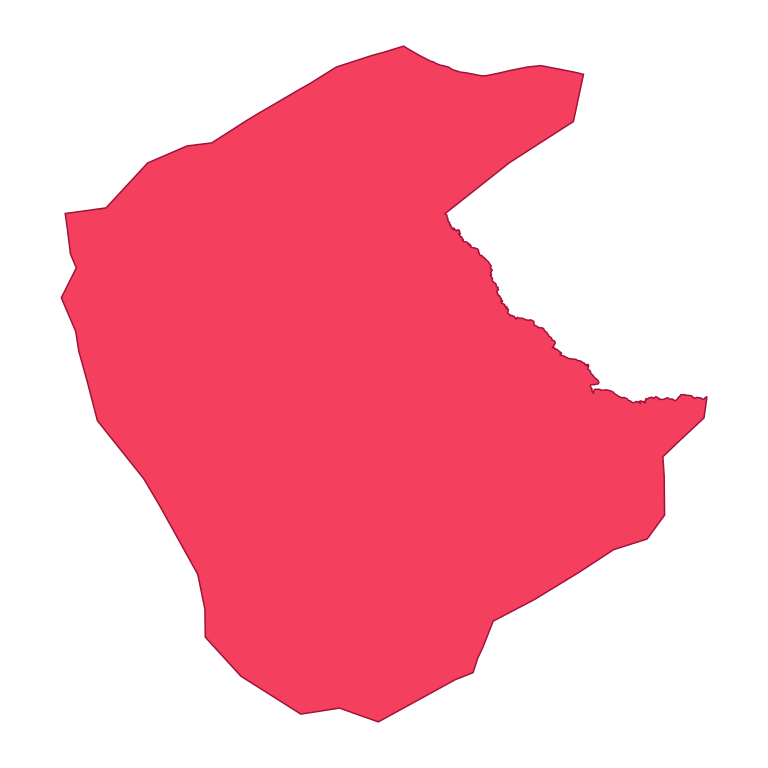 Dashbalbar, Dornod, Mongolia
{"feature_id": "93677404B44284139751504", "entity_name": "Dashbalbar", "entity_type": "district", "adm_level": 2, "iso_a3": "MNG", "parent_name": "Mongolia", "parent_adm1": "Dornod", "projection": "natural_earth1", "projection_center": [114.612, 49.67], "detail": "fine", "context": "isolated", "style": "filled", "palette": "rose", "viewbox_px": 768, "rotation_deg": 0, "n_neighbors": 0, "source": "geoboundaries", "source_scale": "gbopen_adm2", "svg_char_len": 6070}
<svg xmlns="http://www.w3.org/2000/svg" viewBox="0 0 768 768"><path d="M300.8,714.1L339.4,708.1L378.3,721.9L455.2,679.7L473.1,672.6L477.8,658.0L482.8,647.5L493.2,621.1L534.3,599.6L578.9,572.4L613.7,549.6L647.1,539.0L664.6,515.1L664.2,476.6L662.9,456.7L679.5,440.8L704.0,417.9L706.7,398.9L706.6,396.9L705.2,397.6L703.9,399.3L702.4,399.0L701.4,398.3L700.6,398.0L697.2,397.4L696.6,397.5L694.5,398.4L694.2,398.3L693.4,397.5L691.5,395.9L690.5,395.6L686.3,395.2L683.7,394.5L682.4,395.1L681.5,394.6L681.0,394.7L680.3,395.3L680.1,396.1L678.6,397.2L676.9,399.6L676.4,400.0L675.0,400.6L674.3,400.5L673.3,399.5L672.2,399.1L669.8,399.1L668.7,398.3L667.6,397.9L666.9,397.9L664.6,399.0L663.4,399.4L659.6,399.4L659.2,399.3L659.4,398.7L659.0,398.4L658.1,398.1L657.4,397.3L656.9,397.1L655.6,396.8L654.8,397.3L653.9,398.4L652.7,397.9L652.2,397.4L651.4,397.2L650.8,397.7L649.7,397.6L649.3,397.7L647.8,398.8L646.2,398.6L645.6,399.2L645.7,399.4L646.0,399.7L645.9,400.1L645.2,400.9L645.1,401.2L645.2,401.6L645.6,402.3L645.6,402.6L645.3,402.7L644.5,402.7L643.9,401.7L643.4,401.5L642.3,401.8L642.0,401.3L641.6,401.1L640.1,401.0L639.8,401.4L639.8,401.8L640.3,402.8L640.2,403.3L639.9,403.2L638.9,401.8L637.4,401.7L636.7,401.5L636.1,401.6L634.5,402.5L633.2,402.7L632.2,402.5L630.5,401.1L628.3,400.3L627.8,399.9L627.4,399.0L626.7,398.5L623.7,397.4L622.5,397.9L621.0,397.4L618.3,396.2L617.8,395.6L615.0,394.0L614.3,393.5L613.7,392.4L613.4,392.2L612.2,391.8L611.9,391.4L610.5,390.9L607.5,390.0L605.5,389.8L604.4,390.2L603.3,390.1L602.0,390.4L601.2,390.2L600.3,389.5L599.4,389.4L598.9,389.2L597.1,389.4L595.8,389.2L594.8,389.3L594.3,389.8L593.6,390.7L593.4,392.0L593.7,393.7L593.1,392.5L592.7,392.0L592.3,391.7L591.6,390.3L591.6,390.0L592.1,389.2L591.9,388.7L591.3,388.1L590.5,386.5L590.4,385.8L590.5,385.4L591.0,384.9L592.5,384.5L594.2,384.8L594.7,384.7L595.8,384.2L597.5,384.1L598.4,383.6L598.9,382.7L598.4,381.2L597.9,380.4L596.5,378.9L595.3,378.4L593.6,376.4L592.9,375.2L591.3,373.9L590.7,373.2L590.6,372.7L590.7,371.8L589.9,370.8L588.7,369.5L588.0,369.1L587.7,368.6L588.5,366.5L588.7,365.3L588.4,364.9L588.0,364.5L587.4,364.4L587.0,364.7L586.9,365.5L586.8,365.8L586.5,365.6L586.4,364.8L585.9,364.6L585.2,364.6L584.7,364.4L584.6,363.3L583.1,362.7L581.1,361.3L580.2,360.9L577.7,360.6L576.2,359.5L575.3,359.3L570.4,358.8L568.3,358.3L564.2,356.2L561.2,355.2L560.3,354.6L559.9,354.2L560.2,353.8L561.0,353.8L561.4,353.5L561.4,353.1L561.0,352.6L559.4,351.5L557.1,349.5L555.9,349.1L555.1,349.3L554.8,349.2L554.8,348.2L554.5,347.9L552.6,347.5L553.4,346.7L553.9,345.1L554.5,344.6L554.9,343.9L555.2,342.8L555.1,342.2L554.2,340.7L552.2,340.2L551.7,338.4L550.6,337.2L548.8,336.2L548.6,335.7L548.7,335.2L548.5,334.9L547.4,333.9L547.0,332.8L546.7,332.3L545.4,331.5L544.2,330.2L543.9,329.2L543.6,328.7L542.7,328.1L540.9,327.6L539.5,327.8L538.5,327.7L538.0,326.9L534.4,325.1L534.0,324.8L534.0,322.8L533.8,321.5L533.2,321.0L531.7,320.2L530.2,319.9L529.6,319.9L529.3,320.3L528.7,320.4L526.6,319.9L526.1,320.0L525.7,319.9L524.4,319.0L522.1,318.2L519.4,318.1L518.5,318.0L517.5,317.4L517.1,317.7L516.5,319.0L516.0,318.9L515.3,318.3L515.1,318.0L515.1,317.5L514.0,316.3L513.2,316.2L512.2,315.5L510.3,315.6L510.5,315.0L508.6,314.1L508.5,313.6L507.6,312.7L507.6,312.3L508.2,311.0L508.4,309.4L508.1,309.1L507.4,309.0L507.2,308.6L506.2,308.3L507.0,307.6L506.9,306.9L506.0,306.8L505.5,306.2L504.7,305.9L504.7,304.7L503.7,304.0L503.4,304.0L502.6,303.4L501.6,303.2L501.3,302.9L500.9,302.4L501.1,302.1L501.6,302.1L502.1,301.8L502.5,301.4L502.5,301.1L502.4,300.8L501.5,300.5L501.1,300.2L501.5,299.2L501.3,298.5L500.4,297.7L499.7,295.9L499.4,295.7L498.6,295.8L498.2,295.6L498.3,294.8L497.2,293.2L497.2,292.3L496.7,291.5L497.3,290.7L498.4,289.9L498.5,289.5L498.3,289.2L497.7,289.2L498.1,287.9L498.1,287.4L496.8,286.8L496.1,285.7L496.2,284.9L496.0,284.0L495.1,283.2L494.7,283.0L494.2,282.4L493.5,282.2L492.8,281.5L492.5,281.0L492.5,280.3L492.1,279.7L492.5,278.7L492.4,278.2L492.0,277.9L491.7,277.2L491.3,276.6L491.2,276.1L490.3,275.8L490.2,275.5L490.9,275.4L491.4,274.8L491.5,274.3L490.6,273.8L491.0,272.9L490.5,272.4L491.5,271.4L491.6,270.7L492.2,270.1L492.0,269.7L491.3,269.5L491.1,269.2L491.1,268.4L490.4,267.7L490.9,266.8L491.1,265.8L489.2,263.3L489.0,262.6L488.5,261.8L487.4,261.2L486.2,259.7L485.3,258.8L484.7,258.5L484.3,257.7L483.7,257.2L482.3,256.8L481.9,255.6L481.4,255.4L480.6,255.5L480.2,255.4L480.0,255.1L479.4,254.0L479.1,253.8L479.2,253.0L478.9,252.6L478.5,252.4L478.7,251.3L478.5,250.9L478.5,250.4L478.4,250.0L477.2,248.7L476.0,248.5L475.0,248.0L472.2,247.6L471.3,247.4L470.9,247.1L471.1,246.0L470.0,245.5L470.2,244.8L470.1,244.4L469.4,244.2L468.4,244.6L468.3,244.4L468.5,243.7L468.4,243.4L467.3,242.5L466.1,241.8L464.6,241.8L462.7,240.9L463.1,240.6L463.4,239.8L462.2,238.4L461.9,237.3L461.6,236.9L460.8,236.7L459.4,235.3L459.7,234.6L459.6,234.3L458.7,234.3L458.6,234.2L458.6,233.7L458.8,233.6L459.2,233.9L460.0,234.0L460.3,233.6L459.9,233.1L459.7,231.7L459.1,231.3L459.4,230.5L459.2,230.1L457.9,229.9L457.4,230.1L457.3,230.4L456.7,230.4L456.2,230.7L455.8,229.9L454.4,229.4L453.9,229.6L453.5,229.4L454.2,228.6L454.2,228.4L453.8,228.1L453.4,228.2L452.9,228.9L452.5,229.0L452.4,228.8L452.3,228.2L451.6,227.5L451.3,226.4L450.5,226.0L450.3,225.7L450.6,225.0L450.3,224.7L449.7,224.6L449.6,224.3L449.7,222.5L448.6,222.0L448.4,221.6L448.3,220.6L447.7,220.0L447.9,219.2L447.7,218.0L447.0,217.1L446.9,216.9L446.9,215.2L446.6,214.8L445.4,214.1L445.1,213.6L509.4,162.7L573.4,121.5L583.5,74.3L581.8,74.0L579.0,73.2L572.8,71.8L540.7,65.6L527.6,67.0L510.9,70.3L498.4,73.2L486.8,75.6L485.4,75.8L482.4,75.8L481.0,75.7L466.1,72.8L460.4,72.1L452.5,69.7L448.8,67.2L442.6,65.5L440.7,65.3L435.3,63.2L434.0,62.1L430.8,61.3L419.0,55.2L407.4,48.5L403.7,46.1L382.6,52.6L372.1,55.4L336.4,67.0L310.6,83.1L295.8,91.5L274.6,104.0L258.9,113.1L246.3,120.7L211.7,142.9L187.1,145.9L147.7,162.9L106.0,207.9L65.2,213.5L67.5,229.9L70.4,253.8L76.3,267.9L61.3,297.8L75.7,331.4L78.7,350.8L87.3,381.8L97.4,420.7L143.7,478.7L159.7,505.8L197.8,574.4L204.9,609.2L205.3,637.2L241.0,676.3L300.8,714.1Z" fill="#f43f5e" stroke="#9f1239" stroke-width="1.5"/></svg>